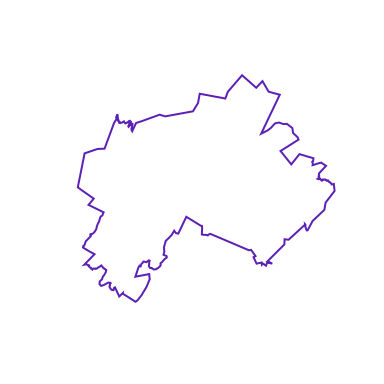 Nazas, Durango, Mexico (Robinson projection), rotated 226°
{"feature_id": "50627088B88320866521815", "entity_name": "Nazas", "entity_type": "district", "adm_level": 2, "iso_a3": "MEX", "parent_name": "Mexico", "parent_adm1": "Durango", "projection": "robinson", "projection_center": [-104.102, 25.271], "detail": "fine", "context": "isolated", "style": "outline", "palette": "violet", "viewbox_px": 384, "rotation_deg": 226, "n_neighbors": 0, "source": "geoboundaries", "source_scale": "gbopen_adm2", "svg_char_len": 5636}
<svg xmlns="http://www.w3.org/2000/svg" viewBox="0 0 384 384"><g transform="rotate(226 192 192)"><path d="M299.8,192.4L298.2,189.0L297.0,188.7L295.9,184.1L283.9,159.2L288.6,153.9L294.4,141.6L274.7,113.1L270.6,113.8L255.5,116.7L254.6,108.6L238.8,114.3L238.7,113.8L237.7,111.9L237.4,111.2L237.4,110.8L237.6,110.4L237.7,109.9L237.7,109.2L237.5,108.4L235.3,104.6L235.1,104.0L234.8,102.8L234.6,102.4L234.5,102.0L234.2,101.4L233.7,100.3L233.2,99.3L232.8,98.9L231.9,97.5L231.0,94.6L231.0,93.6L230.9,93.0L231.0,91.9L231.0,91.4L231.1,91.2L231.5,90.9L231.7,90.4L232.1,89.9L232.2,89.7L232.1,89.4L231.6,88.9L231.3,89.1L231.0,89.1L230.9,89.0L230.6,88.7L230.5,87.6L230.5,85.9L230.6,85.4L230.4,85.0L230.4,84.2L230.3,81.3L229.8,80.3L229.7,80.0L229.0,78.9L228.7,77.9L228.3,77.3L228.3,77.0L228.4,76.8L228.7,76.4L227.8,75.0L220.6,76.9L215.0,78.7L214.5,64.1L213.4,65.9L213.0,66.0L211.9,66.1L211.2,66.8L211.1,67.0L210.7,67.0L210.5,66.6L210.5,66.2L210.2,66.1L208.8,66.2L208.4,66.3L208.1,66.5L207.8,66.6L207.6,66.4L207.1,66.4L206.9,66.2L206.7,66.3L206.8,66.6L206.7,66.6L206.4,66.6L206.1,66.5L205.7,66.6L205.4,66.5L205.4,67.2L205.4,67.8L204.8,68.5L204.6,68.5L204.3,68.8L204.1,69.4L204.0,69.5L203.5,69.5L203.1,70.1L202.8,72.7L202.6,73.0L202.4,73.8L202.3,74.1L202.3,75.3L202.1,75.8L201.5,75.6L201.0,75.7L200.3,75.6L199.9,75.5L199.2,75.6L198.6,75.3L197.9,75.8L197.3,75.7L196.8,75.9L196.3,75.9L195.9,76.1L195.6,76.2L195.2,75.9L195.1,75.5L194.4,74.5L194.0,73.7L193.3,71.2L193.1,70.0L193.2,69.8L193.0,69.0L191.9,67.0L191.8,66.8L191.8,66.6L191.7,66.3L191.8,64.8L191.8,63.9L191.6,63.5L191.6,63.1L190.2,61.9L190.0,61.5L189.9,61.4L189.6,61.4L188.6,61.4L188.2,61.3L187.7,61.4L187.3,61.7L187.2,62.0L187.0,62.7L186.9,63.0L186.5,63.6L186.2,64.2L186.0,65.3L185.7,66.2L185.6,66.8L185.1,68.6L184.6,69.2L184.4,69.2L184.3,69.3L184.0,69.4L183.9,69.6L183.3,70.3L183.1,70.3L182.9,70.2L182.8,69.8L182.6,68.8L182.4,68.5L181.9,68.2L181.6,67.8L181.5,67.3L181.5,67.2L181.2,66.9L180.2,66.4L177.9,66.2L177.1,66.4L176.8,66.8L176.2,67.0L176.0,67.3L176.0,67.7L177.1,69.0L177.2,69.4L176.9,70.4L167.4,67.1L167.4,72.1L167.0,71.6L152.3,75.1L152.0,76.7L152.0,78.2L152.8,84.0L155.3,93.3L158.8,101.3L159.9,101.9L162.7,104.2L170.4,92.4L174.9,101.0L175.1,101.4L175.2,102.3L175.4,102.8L175.0,102.8L174.7,103.1L174.3,103.1L174.2,103.3L174.7,103.5L174.7,104.0L174.8,104.4L175.3,105.3L175.3,105.5L175.4,106.2L175.3,107.1L175.7,108.4L175.5,109.0L173.2,110.4L173.0,112.3L172.9,113.4L172.1,113.8L171.9,113.8L171.5,112.7L170.8,112.1L170.4,111.5L169.9,111.2L169.6,110.8L169.3,110.2L169.0,109.9L168.7,109.5L167.5,109.2L166.4,109.1L166.1,109.4L166.0,109.7L165.3,110.3L164.7,110.1L163.9,110.5L163.3,110.6L163.0,110.6L162.5,111.0L162.2,111.5L161.9,111.7L161.8,112.1L161.5,112.3L161.3,113.6L161.0,114.0L160.8,115.9L160.9,116.4L160.8,117.0L160.9,118.0L161.1,118.5L161.4,118.9L161.8,119.1L162.2,119.5L162.5,119.7L162.6,120.1L162.6,120.7L162.3,121.7L162.6,122.9L162.6,123.7L162.6,124.7L162.8,125.1L162.4,127.7L162.4,128.4L162.6,128.6L163.7,129.2L164.1,129.1L165.0,128.5L166.7,127.9L167.9,130.1L169.1,131.4L169.9,131.8L170.4,132.5L171.1,133.0L171.6,133.2L175.1,139.2L175.0,143.7L175.3,147.8L176.5,152.3L173.6,151.9L171.6,153.2L178.1,170.7L161.3,175.0L160.7,175.6L159.6,174.8L154.6,169.6L153.1,170.6L151.7,172.1L149.8,173.2L150.0,173.9L149.2,176.1L110.5,192.5L109.4,194.3L101.8,193.2L102.4,191.0L95.6,188.7L92.8,193.2L91.2,191.8L91.2,192.0L91.1,192.3L90.9,193.0L90.9,193.3L90.8,193.5L90.7,193.6L89.2,193.6L88.9,193.7L88.5,193.9L87.6,194.0L88.2,195.4L89.1,196.9L84.7,200.0L89.1,198.5L89.7,198.1L90.1,222.0L93.7,225.8L90.6,228.3L90.0,250.7L90.4,251.0L90.0,251.0L89.5,250.7L89.1,250.4L88.8,249.9L88.1,249.3L86.8,248.8L85.4,248.1L84.4,248.0L84.2,248.9L87.4,258.6L87.2,274.8L91.6,280.8L93.7,295.3L99.3,299.6L99.7,298.8L99.9,298.6L100.3,297.8L100.4,297.7L100.8,297.9L101.7,298.1L102.7,297.9L103.2,298.1L103.7,297.7L104.1,297.6L104.7,297.6L105.6,298.0L106.2,297.6L106.1,297.4L106.3,297.3L106.2,297.0L106.8,296.6L107.0,296.7L107.4,296.7L107.8,296.7L108.3,296.4L108.7,296.4L109.0,296.0L109.1,295.8L109.5,294.9L110.0,294.9L110.3,294.7L110.4,294.4L110.2,294.1L109.9,294.1L109.8,293.8L109.9,293.6L109.9,293.3L110.5,293.1L111.2,293.3L112.1,293.2L112.5,293.4L112.7,292.9L112.9,292.9L113.1,292.7L113.1,292.4L113.3,291.9L113.5,291.8L114.2,291.5L114.0,292.5L114.2,292.9L114.1,293.0L114.2,293.4L115.2,294.7L115.4,294.7L115.6,294.4L116.4,295.4L116.4,295.5L116.9,296.0L116.9,296.3L117.2,296.5L117.7,306.6L123.4,305.3L124.1,304.2L127.5,297.4L128.1,298.2L128.6,298.7L130.2,299.4L130.1,300.5L131.9,302.8L144.6,295.6L142.9,282.6L160.0,284.2L155.7,305.0L157.9,306.0L164.3,305.7L168.2,308.6L175.1,307.6L177.5,304.8L181.6,302.8L183.7,299.3L183.3,293.2L183.8,289.1L185.9,282.3L201.0,322.7L210.9,316.8L222.8,319.7L222.4,310.6L241.2,309.1L239.2,287.4L236.1,280.9L257.3,265.8L251.8,258.1L249.4,248.7L265.0,225.3L270.1,222.4L277.8,205.2L280.5,199.7L277.2,191.2L278.7,191.6L279.7,192.5L280.2,193.5L280.3,193.9L280.7,194.3L282.2,196.5L283.5,196.2L283.3,194.8L283.0,194.4L282.9,194.0L283.1,192.5L282.9,191.7L283.4,191.7L283.7,192.0L283.8,192.5L283.7,193.0L283.8,193.3L284.2,193.5L284.5,193.9L284.8,194.6L285.1,195.8L285.3,196.9L286.4,196.8L286.6,196.4L286.8,195.8L286.6,195.1L286.7,194.7L286.8,194.7L286.9,193.8L287.1,193.6L287.2,192.6L287.4,192.4L287.4,191.9L287.5,191.8L288.7,191.7L290.1,192.1L290.5,190.0L291.0,189.2L291.2,188.8L291.4,188.4L291.6,188.4L291.7,188.7L291.8,188.7L292.4,188.5L292.4,188.2L292.6,188.3L292.7,188.5L292.8,188.6L293.1,188.6L293.3,188.5L293.5,188.5L294.0,188.7L293.9,188.5L294.1,188.6L294.3,188.6L294.4,188.3L294.5,188.3L294.5,188.6L295.0,188.7L295.0,188.9L299.8,192.4Z" fill="none" stroke="#5b21b6" stroke-width="2"/></g></svg>